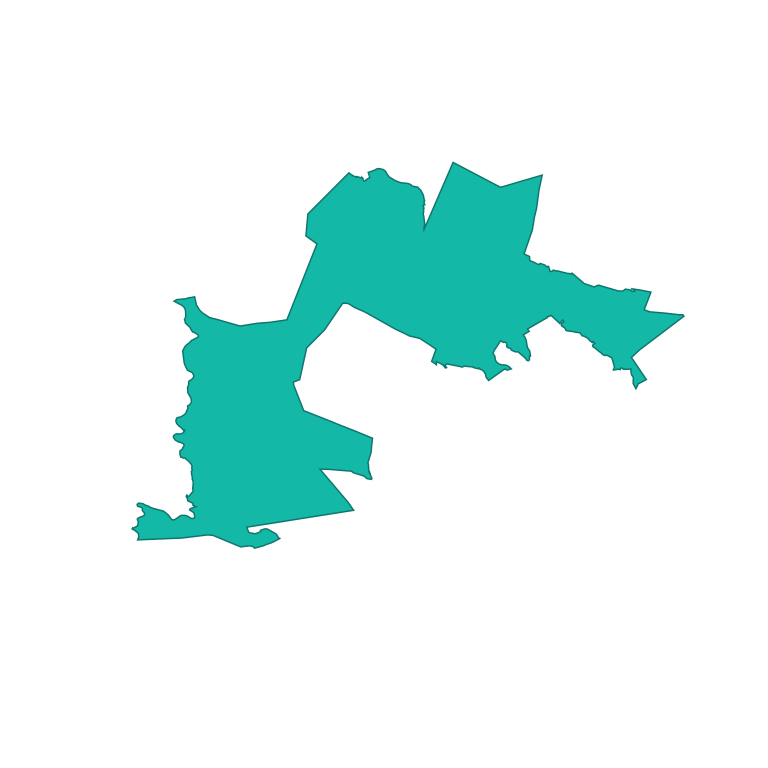 Santa María Jacatepec, Oaxaca, Mexico, rotated 121°
{"feature_id": "50627088B44286312453490", "entity_name": "Santa María Jacatepec", "entity_type": "district", "adm_level": 2, "iso_a3": "MEX", "parent_name": "Mexico", "parent_adm1": "Oaxaca", "projection": "robinson", "projection_center": [-96.105, 17.868], "detail": "fine", "context": "isolated", "style": "filled", "palette": "teal", "viewbox_px": 768, "rotation_deg": 121, "n_neighbors": 0, "source": "geoboundaries", "source_scale": "gbopen_adm2", "svg_char_len": 6171}
<svg xmlns="http://www.w3.org/2000/svg" viewBox="0 0 768 768"><g transform="rotate(121 384 384)"><path d="M418.4,605.1L421.1,606.6L420.9,600.8L420.6,598.9L420.9,595.9L421.4,594.5L422.2,593.2L423.3,592.0L427.0,589.4L428.9,588.5L431.6,588.2L432.5,586.9L434.0,585.8L435.4,579.4L436.8,577.3L437.9,574.9L437.9,574.1L437.5,573.3L437.6,569.0L438.1,568.1L439.4,567.4L446.0,571.5L448.5,572.0L452.3,573.4L454.7,573.9L459.4,573.6L468.7,566.2L469.5,565.4L471.9,562.0L473.4,559.6L473.0,554.7L473.2,553.7L474.7,551.5L475.8,550.9L477.7,550.8L480.1,551.5L481.0,552.3L482.6,552.7L484.7,551.2L488.4,550.5L492.7,547.4L492.9,546.7L493.9,545.3L494.7,543.5L496.0,541.7L498.8,539.7L502.2,539.9L503.7,541.0L504.1,541.0L505.6,539.6L511.5,538.9L513.5,539.5L516.6,541.1L517.4,541.8L518.8,543.4L519.8,544.1L521.9,543.8L523.2,543.1L524.7,541.3L525.7,537.8L525.9,534.5L526.4,533.9L526.6,533.1L526.2,531.4L527.2,531.5L527.0,530.8L529.3,530.9L531.9,533.0L532.3,533.3L532.6,534.6L533.6,536.1L534.4,536.9L536.7,537.7L537.9,537.3L539.4,534.7L539.6,533.1L539.5,530.6L539.2,528.9L538.8,528.2L538.6,526.1L538.7,525.1L539.3,523.9L540.1,523.5L541.7,523.7L544.1,523.4L545.1,523.7L546.1,524.5L548.7,523.2L551.3,520.7L550.8,517.8L549.9,516.3L550.4,514.7L550.5,513.1L551.6,509.2L552.1,507.9L553.4,506.1L555.1,505.5L556.6,504.0L558.1,504.1L560.6,502.3L562.5,500.4L564.5,499.2L565.4,497.9L566.4,497.0L569.3,495.4L571.6,494.4L573.0,493.4L573.1,493.1L574.4,492.5L575.1,492.3L576.6,492.9L577.2,492.8L580.6,493.3L582.0,494.4L580.8,495.0L580.7,495.5L580.9,495.9L582.3,495.6L583.7,493.2L585.2,492.2L584.7,486.3L586.3,485.3L586.1,482.1L587.2,483.3L589.2,484.4L589.6,485.1L591.4,486.0L592.1,485.8L592.1,482.0L592.5,480.8L592.9,480.0L595.3,477.8L596.0,477.6L597.2,477.9L598.5,479.7L598.5,484.5L598.9,486.2L599.7,488.0L601.3,490.4L607.7,493.3L608.7,494.2L609.4,495.5L609.5,496.1L609.3,496.6L607.3,501.6L606.5,507.5L609.6,518.0L609.9,520.3L610.2,521.2L610.0,522.8L610.8,526.5L610.7,528.8L612.4,532.9L614.3,533.6L615.7,532.3L614.6,528.0L615.2,527.0L617.0,525.8L617.8,523.3L619.1,522.0L620.8,522.1L625.0,525.4L626.6,525.9L627.3,525.6L628.3,523.7L632.7,522.1L636.7,524.8L636.6,525.3L638.0,525.3L638.0,524.0L637.7,523.0L638.5,517.7L641.1,515.5L644.5,514.9L620.1,477.9L604.3,457.6L601.9,452.9L597.4,422.9L592.1,416.1L590.8,412.9L591.4,410.4L584.6,403.9L582.9,402.8L577.8,398.5L574.4,396.3L569.9,393.6L569.4,393.4L570.3,393.9L569.9,395.8L568.6,397.8L568.1,400.0L568.4,409.4L569.8,411.8L573.1,414.5L574.3,413.8L578.5,416.9L580.6,422.1L580.7,423.7L577.4,427.9L507.9,345.0L504.0,353.6L490.0,395.0L488.6,392.7L485.1,386.4L477.8,371.6L476.0,368.2L475.5,366.2L475.9,364.8L473.2,353.7L473.9,349.9L472.3,345.7L471.6,345.6L470.9,346.1L467.2,351.3L467.2,350.7L465.8,352.6L461.0,355.9L459.9,357.2L449.1,359.9L442.7,363.1L436.4,365.9L439.1,383.8L442.5,403.9L443.3,409.6L448.2,439.1L431.4,460.9L429.1,462.7L423.7,458.5L392.9,468.9L368.4,462.8L336.2,461.0L334.8,459.0L333.6,456.5L333.4,453.9L333.6,449.0L332.1,437.3L331.1,402.5L330.0,391.5L329.7,386.9L326.5,376.9L326.9,364.7L327.4,357.3L340.1,354.8L340.1,352.5L340.5,349.0L337.9,350.6L337.3,346.0L337.4,343.3L338.6,339.6L337.7,338.8L336.4,341.5L334.3,340.2L330.7,330.2L329.1,325.4L327.6,324.8L323.5,316.4L323.8,316.3L323.7,315.2L322.2,310.7L321.4,310.9L321.8,308.9L321.4,307.2L321.7,305.5L323.1,302.3L325.7,299.8L327.1,296.1L308.9,288.3L308.7,285.6L305.5,282.7L305.0,284.5L304.7,286.7L305.0,288.9L305.8,291.0L306.8,292.5L307.2,293.5L307.5,295.3L307.5,297.1L307.1,299.2L305.6,301.4L304.1,302.4L303.0,303.4L302.5,304.7L301.5,306.3L298.8,306.8L286.8,306.3L286.7,304.8L287.0,303.9L286.7,302.9L285.9,301.7L285.7,301.0L285.8,300.1L287.1,298.8L288.3,298.3L288.8,297.8L289.1,297.1L288.9,295.7L288.3,293.9L288.4,293.5L288.9,293.1L289.3,292.2L289.0,288.9L288.6,287.6L287.4,285.6L288.9,276.9L289.6,274.4L290.1,274.0L290.0,273.0L289.3,271.9L288.6,271.8L287.7,272.1L285.4,273.7L284.6,272.8L280.7,276.1L278.8,280.0L273.2,284.7L271.4,287.2L270.2,289.9L264.1,286.7L262.9,289.3L243.8,278.7L242.9,278.2L242.3,278.7L241.5,278.1L241.0,277.2L239.1,276.1L241.6,264.5L237.1,263.7L237.9,261.8L240.8,262.8L241.8,262.7L242.6,261.8L242.8,260.9L242.7,258.2L244.3,255.5L244.0,254.2L241.7,249.0L241.3,247.4L239.2,242.4L240.6,239.1L240.0,237.0L239.8,232.8L240.7,230.4L241.0,228.8L241.1,226.7L240.0,226.8L240.4,224.1L242.5,225.1L243.8,224.9L244.5,223.8L244.6,220.6L245.0,218.8L245.6,213.7L246.1,211.7L246.1,210.8L245.9,209.7L245.3,208.6L244.5,207.7L244.3,202.1L250.7,195.2L253.8,194.7L253.2,193.6L250.9,191.2L249.9,188.9L248.8,189.4L247.7,188.2L248.1,186.2L247.9,185.8L247.3,185.5L247.2,184.9L244.0,180.0L246.8,178.3L248.7,176.4L249.9,173.7L255.2,170.7L258.7,165.1L257.5,166.1L256.7,165.6L255.9,166.1L254.8,165.8L253.6,166.1L253.3,166.4L245.1,161.4L233.8,185.6L222.6,182.3L171.4,161.8L170.7,163.4L172.5,166.4L178.5,179.6L185.2,193.2L186.4,199.2L167.8,202.5L171.1,211.7L174.5,220.0L175.1,216.9L176.5,218.1L176.8,220.1L176.2,220.5L178.3,225.9L181.4,227.2L183.6,231.2L188.8,251.1L192.5,253.8L194.8,264.0L192.2,279.4L192.8,278.9L193.8,282.1L194.6,283.4L197.8,293.8L198.3,293.9L199.1,297.5L200.7,297.8L202.0,299.6L198.4,303.5L199.8,305.2L199.2,307.2L200.2,312.2L201.8,312.6L202.2,314.3L202.5,318.6L203.1,322.7L199.8,324.9L200.4,330.9L175.9,336.1L162.9,341.2L155.2,343.6L137.8,351.1L123.5,356.0L155.4,385.4L158.5,438.9L231.1,429.2L230.5,429.7L225.6,431.7L221.2,435.2L219.9,436.1L218.7,437.4L217.2,438.5L216.9,438.3L213.7,440.0L213.3,440.0L213.1,440.5L212.6,440.6L211.7,441.2L210.6,442.5L209.2,441.4L208.7,442.4L207.0,443.6L206.1,443.5L204.1,445.6L201.9,447.5L199.1,452.0L197.9,456.5L199.8,461.5L199.3,463.7L199.7,466.5L202.8,473.3L203.4,476.0L203.9,479.6L203.9,486.1L202.8,488.9L201.2,491.7L200.6,493.6L200.7,495.5L201.2,497.1L201.7,498.7L202.5,500.1L203.3,500.9L206.3,502.7L210.7,506.5L214.3,502.6L218.1,504.4L219.8,504.9L220.4,505.9L219.9,506.4L219.6,507.3L218.6,508.0L218.4,508.8L218.7,508.5L220.3,514.4L221.0,514.3L221.4,516.9L221.4,520.4L221.1,522.8L277.4,536.8L297.3,527.2L298.4,513.6L379.0,500.3L389.7,513.3L397.1,523.7L408.5,537.3L414.7,560.5L417.1,568.2L416.8,568.9L416.6,576.1L415.6,580.2L412.9,585.4L406.8,591.3L409.5,594.1L410.3,595.5L412.9,597.6L418.4,605.1Z" fill="#14b8a6" stroke="#0f766e" stroke-width="1.5"/></g></svg>